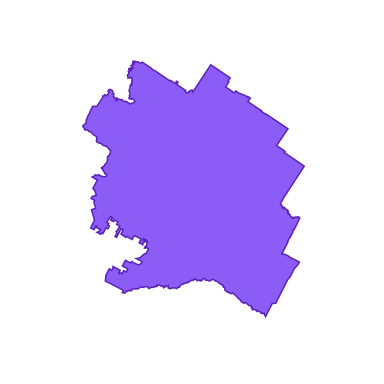 Horsham, Victoria, Australia (Robinson projection), rotated 117°
{"feature_id": "25037944B92361056365890", "entity_name": "Horsham", "entity_type": "district", "adm_level": 2, "iso_a3": "AUS", "parent_name": "Australia", "parent_adm1": "Victoria", "projection": "robinson", "projection_center": [142.219, -36.829], "detail": "fine", "context": "isolated", "style": "filled", "palette": "violet", "viewbox_px": 384, "rotation_deg": 117, "n_neighbors": 0, "source": "geoboundaries", "source_scale": "gbopen_adm2", "svg_char_len": 6070}
<svg xmlns="http://www.w3.org/2000/svg" viewBox="0 0 384 384"><g transform="rotate(117 192 192)"><path d="M118.0,103.7L114.9,127.6L113.5,127.5L112.2,137.7L92.1,135.2L88.9,161.4L89.4,161.3L88.6,167.0L88.1,166.9L86.1,183.2L81.9,182.7L81.5,185.8L82.3,185.9L81.9,188.6L82.6,196.0L82.0,198.9L84.5,199.2L83.1,209.8L77.1,209.1L76.9,210.2L73.0,209.8L70.1,233.0L102.6,236.7L101.1,238.3L102.8,239.9L104.4,240.0L104.3,240.7L106.0,240.9L105.7,243.7L104.4,243.6L103.0,254.6L100.6,254.3L100.3,256.0L103.0,256.3L102.3,261.8L103.1,261.9L100.7,280.3L101.1,281.8L100.2,284.4L98.9,295.2L100.3,296.1L100.7,297.5L100.4,298.6L101.0,299.5L101.4,301.4L101.9,301.8L101.6,302.3L102.1,303.8L101.8,304.3L103.1,303.5L102.0,302.6L104.6,301.6L104.8,302.2L104.2,302.8L104.3,303.3L106.5,302.9L107.1,303.7L107.3,303.1L108.4,302.6L108.5,301.9L108.0,301.3L108.4,300.9L108.9,301.3L108.9,302.1L109.9,301.9L109.8,303.3L110.9,304.4L112.1,303.5L111.9,302.5L111.1,302.0L111.3,301.4L113.2,302.4L113.7,303.3L115.1,301.7L116.9,302.7L117.8,302.3L118.0,301.7L119.5,300.8L118.8,300.2L118.8,299.1L117.7,298.9L117.4,298.2L118.1,297.5L117.9,297.1L119.0,296.4L120.0,296.3L122.3,294.9L123.7,295.3L123.6,294.5L123.9,294.2L125.5,295.4L127.1,294.6L130.0,294.2L131.0,293.6L131.0,293.1L131.6,292.4L133.0,291.5L134.5,291.6L135.1,290.6L136.0,291.0L137.2,290.7L137.4,289.8L136.5,288.7L136.9,288.0L135.8,287.1L136.2,285.6L137.0,285.0L137.3,283.9L137.8,283.8L138.9,284.2L140.1,285.9L141.1,286.3L141.6,287.6L141.3,288.2L141.8,289.0L141.2,290.9L141.4,291.5L141.1,291.9L142.4,294.0L141.3,296.3L142.3,297.5L142.3,298.9L142.7,299.8L143.9,300.3L143.7,300.6L144.2,300.8L142.6,301.1L142.2,301.7L144.3,302.3L142.8,304.0L142.9,305.1L140.0,306.2L140.1,307.2L138.0,308.4L137.6,311.1L138.4,312.0L138.3,312.4L140.3,312.7L140.5,311.1L145.0,311.7L144.8,313.8L146.0,314.0L146.9,315.1L149.1,314.5L158.6,315.7L159.1,315.9L160.4,319.0L161.5,319.5L170.5,319.1L172.0,319.4L173.5,318.8L175.5,319.1L178.7,317.7L182.7,319.3L183.9,318.0L184.2,316.6L185.2,315.8L185.2,315.0L184.0,313.4L184.8,311.5L184.6,308.8L185.6,306.0L186.1,302.3L187.6,301.0L189.9,300.4L190.6,299.7L190.7,298.6L190.1,294.3L190.9,292.7L190.2,289.3L191.1,285.8L191.9,284.7L192.0,283.4L194.1,282.6L196.2,282.5L199.2,283.3L202.4,281.7L205.1,281.3L207.4,282.3L208.8,281.9L210.0,283.0L210.9,282.7L211.5,283.6L212.0,283.1L211.6,282.5L212.6,282.1L213.1,280.6L215.3,277.9L215.4,275.8L216.5,275.4L217.9,276.4L219.1,279.7L219.0,283.1L220.5,284.4L220.4,285.4L220.8,286.1L223.6,287.0L224.1,288.5L224.2,281.8L233.8,281.9L235.1,278.9L238.4,275.8L241.5,279.0L243.6,279.0L243.7,274.9L245.5,274.9L250.3,270.4L253.4,273.5L261.4,266.1L270.0,266.0L270.0,262.1L265.7,262.2L265.8,261.1L267.0,261.1L267.1,256.4L269.5,257.2L271.1,258.4L271.1,254.1L269.5,254.1L269.5,252.5L262.9,252.2L262.9,250.2L259.7,250.2L259.7,251.9L257.9,251.9L257.7,254.2L250.8,253.4L251.2,250.9L251.8,251.7L254.0,251.7L253.9,248.3L252.1,248.3L252.1,244.5L255.2,244.4L255.2,240.9L259.7,241.0L261.6,241.7L263.0,240.3L266.7,240.3L266.7,238.6L257.0,238.6L257.0,236.2L261.7,236.2L261.7,233.8L262.1,233.8L262.5,230.4L261.3,230.4L261.5,223.8L257.0,223.6L257.0,216.1L261.2,216.1L261.3,211.9L259.7,212.4L258.9,212.2L258.2,211.4L257.0,211.4L257.0,214.0L255.5,214.0L255.6,210.2L257.1,210.2L257.1,208.9L258.5,208.9L259.4,208.4L260.9,208.2L261.4,208.9L263.5,208.9L263.1,207.8L262.1,207.4L262.1,205.0L267.6,205.0L268.9,206.4L274.5,208.7L276.6,211.5L276.6,205.0L279.3,205.0L281.4,206.9L281.4,214.3L283.1,214.3L283.1,220.4L289.6,220.4L289.6,214.3L293.1,214.3L293.1,217.2L296.8,217.2L296.3,218.6L297.9,220.0L297.7,220.5L294.3,220.4L294.3,228.6L295.9,227.7L298.0,227.9L298.0,230.9L305.3,230.9L310.7,228.8L310.7,208.5L313.9,208.5L313.1,208.1L312.7,206.7L312.9,206.2L312.6,205.9L311.8,206.1L310.7,205.2L310.1,205.4L309.8,204.4L309.0,204.0L308.2,203.2L308.3,202.7L307.6,202.5L307.7,201.4L307.0,201.0L306.1,201.3L305.8,200.7L304.2,199.8L304.3,198.6L303.4,197.9L303.4,197.1L302.9,196.3L302.3,195.7L300.3,195.1L299.4,193.4L299.5,192.6L297.1,190.1L296.9,188.8L297.5,186.4L296.9,185.9L295.7,185.7L295.1,184.0L294.6,183.7L293.7,182.2L292.0,181.6L292.3,180.7L291.4,180.2L290.8,180.9L290.3,180.3L289.8,178.5L289.9,177.4L289.5,177.4L289.3,176.1L289.7,175.7L289.5,174.7L289.7,174.3L289.3,174.1L289.7,173.8L288.8,173.8L288.7,173.0L288.5,173.3L288.3,172.9L287.2,172.5L287.2,170.4L286.8,170.4L288.3,169.5L288.0,168.7L288.3,168.5L288.3,167.7L287.8,167.7L286.7,166.3L285.1,163.4L284.9,161.8L283.0,160.9L282.6,160.0L281.8,160.3L278.9,159.2L277.8,157.8L277.1,157.7L275.8,155.8L274.6,155.2L274.6,154.3L273.3,154.0L272.2,152.9L271.0,152.6L270.3,151.6L270.4,150.9L269.6,151.0L269.3,150.6L268.2,150.4L268.6,149.6L268.0,149.0L267.9,148.4L268.8,147.3L267.1,145.3L267.5,144.5L267.1,144.1L267.2,143.7L266.3,143.0L265.6,143.4L264.7,143.2L263.5,141.9L264.3,140.4L264.4,139.6L263.7,138.7L263.6,136.8L262.6,135.2L261.0,134.6L260.2,133.2L260.7,130.4L260.2,128.8L260.5,127.3L261.0,126.6L261.1,124.7L261.1,123.3L260.7,122.7L261.7,121.8L261.6,121.4L262.5,120.8L262.4,119.5L264.6,118.0L264.9,115.6L265.3,115.1L264.5,114.2L265.0,113.4L265.0,111.4L264.3,110.4L263.4,110.0L264.9,104.4L265.9,102.2L265.7,101.2L267.3,98.5L267.7,95.2L266.7,95.0L266.1,93.1L266.7,92.4L266.8,90.5L267.3,89.5L266.8,88.1L267.3,86.8L268.2,86.3L267.9,85.7L269.0,85.3L269.4,84.4L268.8,84.3L268.1,82.3L268.4,81.7L268.3,80.8L268.9,80.3L267.8,79.8L268.3,78.2L267.7,77.1L268.0,76.0L268.8,75.3L267.3,72.7L268.3,72.0L268.8,71.3L268.7,70.7L269.6,69.9L255.0,69.9L253.1,66.9L226.4,66.9L222.3,66.0L214.3,66.1L208.5,64.6L205.7,64.5L205.7,76.4L205.3,76.4L205.3,80.4L206.3,83.8L193.0,83.8L192.9,84.3L188.1,84.3L188.0,83.9L181.7,83.9L180.2,85.0L179.4,83.9L166.8,84.1L166.1,84.4L165.8,85.2L166.4,85.1L166.3,86.9L167.2,87.3L167.1,88.0L167.7,88.8L168.6,88.9L169.4,89.8L168.6,90.4L169.4,91.1L169.2,91.6L169.5,91.8L168.8,92.6L168.9,93.2L167.2,95.2L168.0,96.4L166.6,96.9L166.6,97.8L165.3,97.5L165.5,98.5L164.7,98.7L165.0,99.8L164.1,101.8L165.0,102.6L163.9,102.9L164.2,104.0L164.7,104.1L164.1,104.7L164.3,105.1L164.0,105.6L162.7,106.2L162.9,107.2L162.4,107.9L154.3,107.6L118.0,103.7Z" fill="#8b5cf6" stroke="#5b21b6" stroke-width="1.5"/></g></svg>